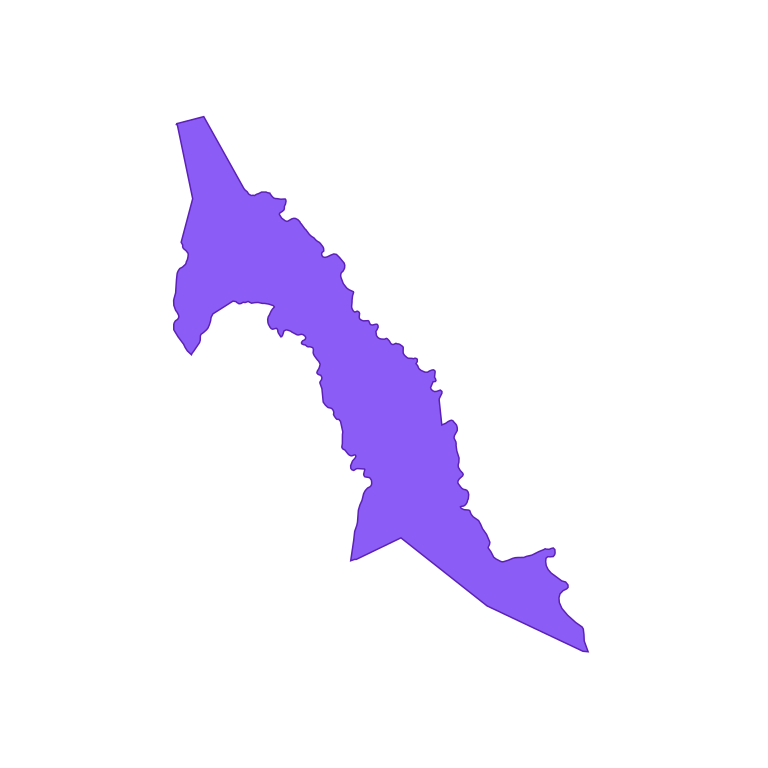 the district of Bois Canot, Praslin, Saint Lucia, rotated 23°
{"feature_id": "8701671B32126440612749", "entity_name": "Bois Canot", "entity_type": "district", "adm_level": 2, "iso_a3": "LCA", "parent_name": "Saint Lucia", "parent_adm1": "Praslin", "projection": "natural_earth1", "projection_center": [-60.931, 13.84], "detail": "fine", "context": "isolated", "style": "filled", "palette": "violet", "viewbox_px": 768, "rotation_deg": 23, "n_neighbors": 0, "source": "geoboundaries", "source_scale": "gbopen_adm2", "svg_char_len": 6155}
<svg xmlns="http://www.w3.org/2000/svg" viewBox="0 0 768 768"><g transform="rotate(23 384 384)"><path d="M190.1,430.4L195.3,432.3L195.3,430.7L196.0,428.2L198.0,418.0L197.7,415.4L196.2,411.5L196.1,409.8L197.7,407.2L199.5,403.4L200.1,401.2L200.1,397.7L199.7,393.6L198.8,390.3L199.1,386.3L212.6,366.7L215.6,366.0L216.5,366.4L219.0,366.8L220.0,366.4L221.0,365.7L222.4,363.8L224.3,363.3L226.7,361.1L230.4,361.4L233.4,359.5L236.3,358.1L240.6,357.3L242.5,356.5L246.5,355.5L251.4,355.1L252.9,355.8L253.0,356.0L252.0,358.7L251.6,361.1L251.5,365.4L251.2,367.3L251.7,370.0L253.1,372.7L254.2,374.1L256.8,376.2L258.3,377.0L259.7,377.2L260.6,376.7L262.8,375.0L263.4,374.8L264.3,375.2L265.2,376.0L265.8,377.2L266.9,378.4L270.6,380.9L271.3,380.4L271.6,378.7L271.2,374.3L272.3,372.9L272.9,372.4L273.9,372.1L277.2,371.8L278.8,372.2L284.8,372.7L286.2,372.2L288.5,370.5L290.5,370.2L292.5,370.8L293.3,371.3L293.9,372.1L294.0,373.6L293.7,374.3L292.2,376.1L291.9,377.4L291.9,378.2L292.2,378.8L292.8,379.2L294.7,379.2L296.4,378.8L298.1,379.4L299.5,379.5L301.4,378.6L303.9,378.4L304.6,378.7L305.5,379.8L306.6,383.0L307.7,384.3L309.1,385.4L313.0,387.7L315.2,388.7L317.5,390.7L318.0,394.1L318.0,395.5L317.6,398.0L317.7,399.5L318.0,400.1L319.4,400.8L320.9,400.9L322.3,400.6L324.2,402.2L324.5,402.7L324.8,404.5L324.3,406.9L324.5,408.0L328.7,412.6L335.1,424.4L338.2,426.3L340.6,427.2L341.8,427.5L344.2,427.0L345.5,427.0L347.4,428.0L348.1,428.7L348.9,429.8L349.5,431.9L351.1,433.2L353.3,434.5L354.4,434.9L356.3,434.2L358.5,435.4L359.0,436.0L364.8,444.2L365.5,446.8L369.0,455.2L369.7,458.2L370.1,458.9L370.7,459.4L371.9,460.0L373.5,460.0L374.3,460.3L377.9,462.3L379.8,463.0L381.7,463.0L382.6,462.6L384.4,460.9L384.9,460.6L385.7,460.8L386.2,461.3L386.4,462.0L386.3,463.5L385.2,466.8L385.1,467.6L385.2,472.2L386.4,474.6L387.9,475.5L389.9,475.4L391.6,472.9L392.7,472.2L399.2,469.9L399.7,470.1L399.9,471.2L400.5,474.9L400.9,475.6L402.0,476.6L402.6,476.9L407.2,475.9L408.1,476.2L409.9,477.4L410.7,478.7L411.5,480.3L411.8,481.6L411.8,482.5L411.4,483.9L409.5,486.2L408.4,489.4L408.2,491.2L408.1,493.0L409.2,499.6L409.1,504.8L409.7,510.1L413.6,521.6L414.2,524.8L414.6,531.1L417.1,539.4L422.4,559.7L425.5,556.9L427.0,556.3L459.7,519.0L565.6,548.0L671.5,552.3L676.5,550.7L668.7,542.3L666.0,536.6L663.2,531.7L661.4,530.3L653.6,528.6L643.4,525.1L635.5,521.1L630.8,516.7L628.6,512.5L628.0,508.4L629.6,504.2L632.3,501.1L632.9,499.3L631.9,497.1L628.6,495.3L624.5,495.8L611.7,492.7L607.6,490.7L604.3,487.8L602.2,484.3L601.2,481.1L602.2,479.0L604.6,478.1L607.2,476.7L607.8,474.4L607.5,472.7L606.0,469.7L603.9,468.8L602.1,470.1L600.7,471.6L597.7,472.7L596.7,472.7L595.9,473.9L592.1,477.7L586.9,483.8L582.5,487.0L580.5,489.0L575.4,491.2L572.7,492.6L570.7,494.1L567.1,497.8L563.5,500.8L562.3,501.5L560.7,501.7L555.5,501.3L552.7,500.6L547.9,496.6L544.0,494.2L543.7,493.6L543.8,490.4L543.3,488.4L543.0,488.0L537.2,482.4L531.1,478.6L527.8,475.4L524.5,472.8L517.9,471.4L516.2,470.5L514.7,469.5L512.3,467.0L510.8,467.1L506.8,468.4L504.0,468.3L503.0,467.9L502.3,467.2L502.9,466.5L505.0,465.2L505.8,464.1L506.5,462.2L506.7,460.1L506.3,457.8L506.5,456.9L505.2,452.7L503.6,450.6L501.8,449.5L499.9,449.5L498.6,449.9L496.7,449.7L495.1,449.0L491.9,447.1L491.0,446.5L490.4,445.7L490.0,444.2L490.4,441.9L492.3,437.8L492.2,436.3L491.4,435.4L487.9,433.8L485.0,431.6L483.9,429.6L483.5,426.8L482.0,422.8L477.2,417.2L474.3,412.3L473.8,410.9L472.8,409.2L469.8,406.6L469.4,405.9L469.0,403.9L469.6,398.4L469.1,396.8L468.2,395.2L466.9,393.6L465.4,392.7L463.5,391.9L462.0,391.0L460.5,390.9L459.3,391.7L457.7,393.5L456.2,396.0L453.2,399.1L441.0,377.1L440.6,375.8L440.9,369.8L440.2,368.2L438.2,367.6L435.5,370.1L433.5,371.2L431.6,371.2L429.5,370.5L428.3,369.1L428.3,362.8L430.3,361.6L430.5,360.6L429.3,359.0L427.9,358.1L426.3,352.8L425.7,352.0L424.2,351.6L422.8,352.3L420.8,354.2L419.4,356.2L417.0,357.1L412.7,357.0L410.1,356.2L407.7,353.9L405.5,352.8L405.9,350.4L405.0,348.3L404.5,348.0L403.3,347.9L402.3,348.2L401.3,349.2L399.6,349.5L396.4,350.8L395.0,350.7L391.7,349.6L389.7,348.2L388.8,346.4L387.5,343.0L386.7,342.2L383.3,341.4L381.9,341.4L380.5,341.9L379.1,341.9L377.4,343.8L376.1,344.4L374.5,344.1L372.1,342.3L369.5,341.1L368.3,341.1L366.9,342.6L363.8,343.7L362.2,343.9L360.5,343.7L359.3,343.1L358.1,342.3L356.0,338.8L356.4,336.4L356.4,333.9L355.5,332.4L354.5,331.8L354.0,331.8L352.7,332.4L350.4,334.2L348.9,334.6L347.7,334.2L345.4,332.0L344.6,331.9L340.5,333.9L338.5,334.1L336.5,333.7L335.8,333.2L335.0,332.1L334.0,328.7L333.1,327.7L331.4,327.3L330.6,327.6L329.9,328.5L329.0,329.2L328.2,329.1L326.9,328.6L324.8,326.8L323.9,325.3L322.6,321.2L321.8,319.2L320.6,315.1L320.2,311.5L319.7,311.0L315.3,310.9L312.7,310.4L311.2,309.7L307.3,307.5L303.0,303.0L301.9,301.5L301.2,299.2L301.3,298.1L302.2,296.1L302.4,294.1L302.4,292.6L301.5,290.0L300.0,288.2L293.6,284.9L289.6,283.3L287.0,283.9L284.7,286.1L282.0,289.2L280.7,290.2L279.6,290.7L278.0,290.8L276.4,289.8L275.8,288.5L275.6,288.1L275.6,287.1L276.6,285.1L275.5,282.9L274.8,282.1L273.9,281.4L270.4,279.4L268.6,278.8L267.5,278.8L265.2,278.2L262.2,276.8L259.8,276.5L256.9,275.5L251.6,272.4L250.5,272.1L245.4,269.0L244.2,268.5L243.1,267.5L240.5,266.4L237.7,266.2L236.1,266.8L234.6,268.0L231.8,271.7L231.1,272.2L229.4,272.4L225.0,271.3L221.5,268.9L221.2,268.3L221.4,267.1L223.0,264.8L223.9,262.8L223.7,261.4L222.9,259.4L223.0,256.8L222.4,254.1L221.6,252.8L220.7,252.3L216.9,254.2L212.9,255.2L211.7,255.7L209.9,255.9L207.9,255.2L204.8,253.4L204.4,252.9L202.2,253.4L200.4,253.4L196.3,255.2L194.3,257.6L192.5,259.2L191.2,261.1L189.8,261.4L188.0,262.4L185.1,262.0L183.0,260.5L180.0,259.6L178.5,258.7L113.6,208.3L91.5,225.3L91.5,226.3L92.5,226.2L135.5,288.2L141.9,332.8L144.4,334.7L145.1,336.5L146.2,337.5L147.1,337.9L149.6,338.6L152.5,340.2L153.2,341.3L153.9,343.6L154.4,346.2L154.3,349.0L154.6,350.0L154.5,351.4L152.8,355.2L150.9,357.5L150.4,359.8L150.3,362.0L150.5,363.4L152.1,368.7L156.6,381.6L157.4,387.7L157.8,389.5L159.8,393.7L163.4,397.6L165.6,398.9L168.0,400.9L168.9,402.3L169.0,403.5L168.9,404.5L168.6,405.4L167.3,407.4L167.0,409.6L167.2,411.3L169.2,416.0L169.8,416.6L176.1,421.1L184.0,425.7L186.7,428.1L190.1,430.4Z" fill="#8b5cf6" stroke="#5b21b6" stroke-width="1.5"/></g></svg>